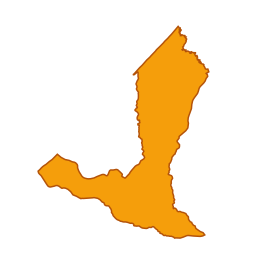 Retalhuleu, Retalhuleu, Guatemala, rotated 95°
{"feature_id": "79465075B31149940203077", "entity_name": "Retalhuleu", "entity_type": "district", "adm_level": 2, "iso_a3": "GTM", "parent_name": "Guatemala", "parent_adm1": "Retalhuleu", "projection": "albers", "projection_center": [-91.907, 14.391], "detail": "fine", "context": "isolated", "style": "filled", "palette": "amber", "viewbox_px": 256, "rotation_deg": 95, "n_neighbors": 0, "source": "geoboundaries", "source_scale": "gbopen_adm2", "svg_char_len": 5710}
<svg xmlns="http://www.w3.org/2000/svg" viewBox="0 0 256 256"><g transform="rotate(95 128 128)"><path d="M160.3,196.1L166.0,200.8L168.2,203.4L171.4,206.5L172.5,208.0L173.9,209.6L175.7,211.2L177.0,212.1L178.8,213.8L180.5,213.2L181.7,212.1L183.0,210.4L191.3,204.0L192.8,202.7L193.3,201.8L193.5,201.1L193.5,200.0L192.4,196.5L191.6,194.7L191.5,193.4L192.0,191.7L193.7,189.0L193.7,188.2L193.3,186.8L193.4,185.0L194.3,182.5L196.3,179.7L196.7,179.3L199.4,177.0L200.5,173.3L202.0,170.1L202.2,169.3L202.5,168.8L202.1,167.7L202.1,166.4L200.6,157.0L200.3,155.8L200.7,152.0L201.9,149.6L204.0,147.3L204.5,145.6L204.9,145.3L206.4,144.6L206.8,144.2L207.3,143.1L207.3,140.7L207.6,140.1L210.6,137.7L212.4,137.1L213.6,137.1L215.1,135.8L216.7,135.1L219.2,132.4L220.3,130.7L220.8,128.9L221.5,127.4L221.7,125.4L222.0,124.7L221.8,121.9L222.1,119.9L222.7,117.5L222.7,116.6L222.5,116.3L222.7,114.8L223.4,114.0L224.0,113.7L224.5,113.8L224.9,113.4L225.0,110.9L224.7,109.1L224.7,108.3L226.1,105.9L226.4,104.7L226.5,101.0L226.1,99.8L225.1,98.4L225.1,96.3L224.1,94.8L224.1,93.9L226.3,91.1L227.0,89.8L227.4,89.5L228.4,89.0L228.7,87.6L229.0,87.1L230.1,86.9L230.3,85.6L230.6,84.7L231.6,83.5L232.0,82.7L231.6,81.3L232.1,80.3L232.0,78.3L232.2,77.1L232.1,75.2L232.8,72.9L233.6,72.0L233.3,70.7L233.1,66.4L231.9,63.5L230.2,60.2L229.9,59.2L229.8,58.2L229.9,53.5L229.7,46.6L229.0,44.1L227.8,42.2L225.7,44.1L224.9,46.9L222.3,51.4L221.9,51.8L219.8,52.6L219.5,53.2L219.4,53.9L219.2,54.3L217.5,55.9L216.5,56.3L215.9,57.9L213.9,59.6L213.4,59.8L211.3,60.1L210.8,60.5L210.0,61.6L208.2,62.9L207.4,65.4L207.2,67.3L206.6,68.8L206.6,69.2L206.9,70.1L206.9,70.9L206.4,71.7L204.9,72.6L204.0,73.6L203.7,74.8L204.3,75.4L204.3,75.7L203.5,76.0L202.1,76.1L201.3,76.6L200.3,76.9L199.9,76.7L198.7,75.4L198.3,75.3L196.7,76.0L195.6,75.3L195.3,75.3L193.8,76.4L191.8,76.6L188.7,77.9L186.0,78.0L184.6,79.1L183.4,79.2L182.1,80.1L181.1,80.4L180.4,80.4L179.0,80.0L178.3,80.3L176.6,80.2L175.6,80.0L175.0,79.5L174.1,79.2L172.4,79.9L171.7,80.6L170.9,83.4L170.4,83.9L168.6,83.2L167.3,83.4L165.9,82.8L164.6,83.1L163.9,83.5L162.8,83.8L161.4,83.7L160.1,83.8L159.1,82.9L157.8,82.4L155.3,81.7L153.7,81.7L153.3,81.6L150.7,79.9L149.7,78.8L148.6,78.7L147.3,78.1L145.3,77.7L144.6,77.1L144.1,76.3L143.2,75.3L142.1,75.1L140.2,75.2L137.9,77.4L137.2,77.9L136.7,78.0L136.3,77.9L133.8,76.3L133.4,76.2L132.5,76.4L131.7,76.1L125.7,70.2L122.7,68.4L118.0,68.2L115.7,68.9L112.6,68.9L110.3,68.4L103.2,66.5L98.9,66.5L95.2,66.0L93.7,65.4L92.0,64.5L87.6,61.8L85.5,61.2L82.3,60.6L80.6,59.8L76.6,56.5L74.4,55.2L71.9,54.5L69.6,53.1L68.0,53.6L67.3,54.2L67.4,54.3L66.8,54.9L65.0,52.4L62.3,53.6L62.6,55.0L62.3,56.1L60.7,56.9L59.1,58.1L58.4,57.9L57.7,58.9L57.8,59.6L57.4,60.5L57.3,61.1L56.4,60.9L55.5,61.7L56.8,62.1L56.5,62.8L55.2,62.4L55.2,63.2L55.0,63.5L54.8,63.4L54.3,62.5L54.0,62.4L53.9,63.2L53.6,63.7L54.1,64.2L54.0,64.8L53.1,65.0L52.2,65.4L51.8,65.3L51.4,64.9L50.0,65.5L49.8,65.7L50.3,66.2L50.4,66.9L48.9,67.8L48.3,67.8L47.5,67.3L47.1,67.4L47.1,68.1L47.5,69.2L47.1,69.7L47.0,70.7L46.5,71.6L46.6,71.9L46.8,72.0L47.4,71.5L47.8,71.5L48.1,71.8L48.1,72.7L48.1,72.8L47.4,73.0L47.0,73.2L46.3,74.6L46.2,75.7L46.8,76.6L46.8,77.2L46.2,77.0L45.2,77.2L45.3,77.4L45.6,77.5L45.8,77.8L45.4,78.7L44.9,78.9L44.9,79.5L45.7,80.3L45.3,80.9L44.3,79.9L43.7,79.9L42.5,80.5L41.7,79.7L40.0,79.4L38.6,78.4L37.0,77.7L35.9,77.6L35.7,77.7L35.6,77.9L34.3,77.3L33.3,78.5L32.9,78.4L32.3,78.1L32.2,79.5L31.6,79.5L31.1,79.3L30.9,79.5L31.1,80.7L31.1,81.1L30.7,81.5L30.5,82.2L30.8,82.7L31.3,82.9L31.4,83.8L30.9,83.8L30.4,83.5L30.2,84.2L29.8,84.5L29.3,84.3L28.7,84.5L28.8,85.1L28.0,85.5L27.8,85.4L27.7,84.8L27.5,84.6L26.9,85.2L26.6,85.1L26.8,84.1L25.9,83.6L25.7,83.6L25.5,84.1L25.8,85.2L25.7,85.5L25.2,85.4L24.2,84.6L23.8,84.7L24.0,85.6L23.8,85.8L23.3,86.0L22.4,86.9L30.5,92.6L33.4,94.9L35.2,96.2L38.4,99.0L40.2,100.2L44.2,103.5L47.5,106.4L49.1,107.4L54.1,111.4L55.5,112.4L58.6,115.2L64.2,119.3L66.8,121.6L73.5,126.6L74.1,127.3L74.5,127.2L74.5,126.8L74.1,126.2L71.6,123.7L71.5,123.0L71.8,122.8L75.8,122.5L77.6,121.9L79.0,122.3L80.4,123.0L83.2,123.8L83.8,123.7L85.2,122.9L86.1,122.6L87.0,122.6L87.9,123.0L88.7,122.9L89.9,122.1L91.3,120.8L91.7,120.7L92.7,120.8L94.1,120.5L97.0,120.3L98.7,120.4L100.5,121.5L101.2,121.6L103.0,121.0L104.7,121.7L105.0,121.6L106.3,120.6L106.9,120.5L107.1,120.7L107.3,121.3L108.3,121.8L108.9,122.4L109.5,122.6L110.0,122.4L110.2,122.1L111.2,120.3L112.2,119.3L113.1,118.8L114.2,118.8L115.2,119.4L115.8,119.6L117.0,119.8L118.2,119.6L119.0,119.2L119.4,118.5L119.5,118.3L119.1,117.8L119.3,117.2L119.5,117.1L120.5,117.2L121.3,116.7L121.7,116.7L122.5,117.6L122.8,118.4L123.3,118.5L123.8,118.4L124.2,118.2L124.2,117.2L124.4,117.0L126.8,117.2L127.6,116.9L128.4,117.0L129.4,116.8L130.3,117.0L132.8,116.3L134.4,116.3L135.1,116.6L135.7,116.6L136.0,116.4L136.3,115.4L137.5,114.4L137.8,113.4L138.4,113.1L140.4,112.7L141.1,113.1L141.9,113.0L143.3,112.4L144.1,112.4L145.8,111.6L146.2,111.7L147.5,112.2L148.0,112.2L148.7,111.0L149.7,110.2L150.1,110.3L151.9,111.2L152.9,111.3L154.5,109.6L155.9,108.9L156.7,109.2L157.3,109.5L159.4,112.2L159.9,112.6L161.8,113.2L163.2,114.0L163.5,114.4L164.4,116.2L165.5,117.5L169.9,120.7L172.1,122.1L173.2,122.5L177.9,126.2L178.1,126.7L178.0,127.2L177.5,128.1L177.2,129.1L176.7,129.8L176.4,130.0L175.1,129.6L174.5,129.7L173.0,131.4L170.6,134.5L170.3,135.6L170.4,136.5L171.2,139.2L171.3,141.4L171.5,141.9L172.4,142.7L175.7,143.7L176.6,144.1L177.4,144.8L177.4,145.5L176.5,147.4L176.4,148.5L176.6,149.7L179.2,154.9L180.7,157.4L181.8,160.9L182.1,162.8L182.1,164.3L181.7,166.8L181.2,168.2L180.1,169.7L176.0,172.8L174.0,173.9L172.2,174.7L169.7,175.0L168.7,175.5L167.3,177.1L166.8,178.3L166.5,180.7L165.4,183.8L164.9,187.9L163.1,192.1L160.3,196.1Z" fill="#f59e0b" stroke="#b45309" stroke-width="1.5"/></g></svg>